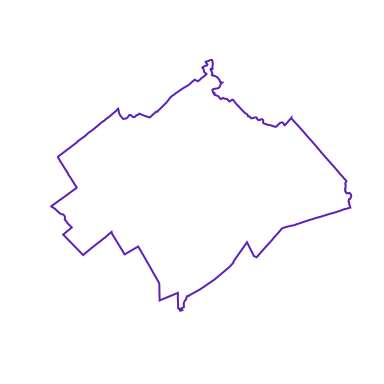 outline of Stolnici, Arges, Romania, rotated 141°
{"feature_id": "2599482B48511043053031", "entity_name": "Stolnici", "entity_type": "district", "adm_level": 2, "iso_a3": "ROU", "parent_name": "Romania", "parent_adm1": "Arges", "projection": "albers", "projection_center": [24.745, 44.58], "detail": "fine", "context": "isolated", "style": "outline", "palette": "violet", "viewbox_px": 384, "rotation_deg": 141, "n_neighbors": 0, "source": "geoboundaries", "source_scale": "gbopen_adm2", "svg_char_len": 5797}
<svg xmlns="http://www.w3.org/2000/svg" viewBox="0 0 384 384"><g transform="rotate(141 192 192)"><path d="M310.5,269.2L309.0,265.1L308.8,262.5L308.4,260.7L308.3,259.6L308.0,258.4L307.6,257.1L306.7,256.2L306.3,255.6L306.2,255.1L306.1,254.1L306.2,253.4L306.4,252.7L306.7,252.1L307.1,251.6L308.0,251.0L308.2,250.8L308.3,250.4L308.1,248.8L308.1,247.7L308.4,246.0L308.1,243.1L308.0,242.8L307.9,242.2L307.8,240.1L318.9,240.0L316.3,211.5L306.0,211.7L294.3,211.5L287.9,211.4L281.4,211.6L279.6,211.6L280.4,210.0L283.6,185.9L268.1,183.5L270.1,170.6L270.9,166.0L271.6,161.3L272.5,155.8L273.0,153.4L273.7,148.6L274.8,142.5L275.0,141.7L275.5,140.8L284.1,129.8L285.0,128.5L285.4,128.1L266.5,122.5L267.3,121.4L269.8,118.4L275.6,110.7L275.9,110.4L276.0,110.1L275.8,109.7L274.9,108.8L276.0,107.4L275.8,107.2L273.9,106.2L273.1,108.2L270.5,107.7L268.6,110.6L266.2,112.0L264.1,112.3L263.1,113.3L261.4,114.2L260.0,113.3L259.7,113.5L247.3,111.3L229.7,109.8L209.9,110.2L204.4,111.0L203.7,111.7L200.7,112.7L180.9,118.3L184.2,103.2L182.8,100.6L173.1,102.3L160.2,104.3L158.3,104.7L158.1,104.8L156.1,105.1L149.9,106.1L145.0,107.1L142.7,106.3L138.7,104.6L136.4,103.5L133.2,101.7L131.9,101.4L121.1,97.4L109.6,92.8L108.8,92.3L99.7,88.7L92.9,85.8L88.7,84.2L84.1,82.7L83.0,82.0L78.9,80.3L78.9,80.7L78.8,81.1L78.6,81.3L78.3,81.5L77.9,82.0L77.8,82.4L77.7,83.0L77.4,83.4L77.3,84.1L76.7,84.7L76.5,85.0L76.4,85.3L76.5,85.9L76.3,86.2L75.9,86.5L75.6,86.7L75.1,87.3L74.8,87.5L74.4,87.5L73.8,87.1L73.1,87.3L72.7,87.6L72.3,87.7L71.9,88.0L71.2,88.2L70.9,88.5L70.7,88.8L70.2,89.9L70.0,90.6L70.1,91.2L70.2,91.6L70.2,92.2L70.4,92.3L70.7,92.3L70.9,92.3L71.5,92.8L71.5,93.0L72.0,93.2L72.4,93.4L72.6,93.8L72.7,94.2L72.7,94.6L72.4,95.2L72.6,95.7L72.5,96.1L72.1,96.5L71.9,97.0L71.3,97.2L71.2,97.3L71.1,97.9L70.8,98.5L69.9,98.7L69.5,99.1L69.1,99.7L68.8,99.9L68.7,100.4L68.5,100.8L68.3,100.9L67.9,101.1L67.8,101.5L67.6,101.9L67.3,102.4L66.4,102.8L65.7,102.9L65.5,103.0L65.4,103.2L65.1,103.4L65.1,103.7L65.1,104.4L65.1,104.8L65.2,105.8L65.3,106.8L65.3,110.0L65.4,110.6L65.5,111.0L65.7,121.4L65.9,125.0L66.3,133.6L66.6,141.9L66.6,145.2L66.9,155.4L67.3,163.9L67.5,169.6L67.8,176.4L68.3,183.7L68.4,186.9L68.2,187.1L77.6,185.4L77.9,185.5L78.0,185.6L78.1,185.8L78.2,186.0L78.1,186.3L77.7,187.6L77.7,188.3L77.8,188.9L78.1,189.3L79.1,189.9L79.4,190.1L80.2,190.2L80.5,190.2L81.4,190.1L83.8,190.0L84.9,189.8L85.5,189.8L86.1,190.1L86.7,190.9L87.4,191.8L87.7,192.3L88.1,193.1L88.3,193.4L88.8,194.2L89.3,194.8L90.1,195.6L90.5,196.0L90.7,196.5L91.2,197.1L91.3,197.6L91.8,198.1L92.1,198.5L92.7,199.6L92.9,200.0L93.2,200.6L93.1,201.1L92.4,202.0L91.7,202.7L91.5,203.0L91.5,203.6L91.6,203.9L91.7,204.3L91.9,204.6L92.4,205.0L92.9,205.1L93.8,205.2L94.1,205.3L94.5,205.8L95.0,206.2L95.2,206.5L95.3,206.8L95.4,207.4L95.0,209.0L95.0,209.3L95.2,209.6L95.9,210.2L96.5,210.5L97.4,210.9L98.0,211.1L99.3,211.7L99.5,211.9L99.7,212.1L99.7,213.9L100.0,214.8L100.2,215.0L100.7,215.3L100.8,215.4L100.8,215.6L100.5,215.8L100.4,215.9L100.4,216.5L100.3,216.9L100.4,217.4L100.4,218.4L100.5,218.8L100.7,219.3L101.0,219.7L101.1,220.0L101.4,223.4L101.6,224.3L101.6,224.9L101.7,226.3L101.8,228.9L102.0,230.0L102.2,234.1L102.2,235.5L102.0,236.2L102.1,236.9L102.2,237.9L102.2,238.1L102.4,238.3L102.7,238.4L105.5,238.7L105.9,238.8L106.2,239.1L106.2,239.4L106.1,240.5L106.0,241.2L106.2,241.8L106.5,242.3L107.8,243.9L108.7,245.5L109.1,245.7L109.9,245.7L110.6,245.8L110.8,245.9L111.1,246.1L111.2,246.5L111.3,247.7L111.3,249.4L111.3,249.9L111.5,250.3L111.7,250.8L112.2,251.6L113.1,253.0L113.3,253.4L113.4,253.7L113.4,253.8L113.1,254.2L112.9,254.4L112.2,254.6L112.1,254.8L112.1,255.0L113.0,255.6L113.0,255.8L113.0,256.0L112.8,256.6L112.1,258.2L111.8,258.5L111.6,258.7L111.2,258.7L110.7,258.5L109.7,258.0L108.8,257.6L107.9,257.0L106.6,256.4L105.3,256.0L104.8,256.1L104.1,256.4L101.4,257.9L100.8,258.0L99.6,258.0L100.9,259.7L100.3,261.4L100.1,262.5L100.1,263.1L100.1,263.7L100.3,265.4L100.3,265.8L101.2,267.5L101.4,268.1L101.7,268.7L102.1,269.1L103.0,269.9L103.1,270.2L103.0,270.3L102.8,270.5L101.6,271.4L101.3,271.7L101.2,272.7L100.8,273.8L100.6,274.5L100.6,275.4L100.4,275.8L100.1,275.9L99.7,275.8L99.5,275.5L99.1,274.8L98.8,274.6L98.5,274.7L98.3,274.9L98.0,275.8L97.9,276.0L97.7,276.2L96.0,277.5L95.0,278.9L94.1,280.2L93.8,280.7L93.4,281.8L93.4,282.2L93.6,282.5L95.1,283.1L97.5,283.8L98.9,284.3L99.2,284.5L99.5,284.6L99.6,284.3L99.8,282.8L99.8,282.2L99.7,281.7L99.7,281.4L99.9,281.2L100.5,281.0L101.0,281.0L102.4,281.7L103.0,281.9L105.5,282.3L105.7,282.1L105.8,282.0L105.6,280.8L105.6,280.5L106.0,279.5L106.7,278.1L106.9,277.4L106.9,276.4L106.7,275.7L106.4,274.9L106.4,274.6L106.7,274.5L109.0,274.3L110.5,274.3L113.1,274.6L114.8,274.3L117.5,274.3L117.8,274.5L119.3,277.6L123.3,277.5L126.0,277.3L128.4,277.4L131.9,278.0L136.0,278.5L140.1,278.7L142.1,279.0L144.2,278.9L148.1,279.3L149.3,279.1L154.9,277.7L157.3,277.4L159.7,277.2L163.4,276.8L168.8,276.3L169.2,277.0L177.9,276.5L179.5,278.8L181.3,281.7L183.7,286.1L186.0,286.0L186.6,286.5L187.3,286.6L188.1,286.5L188.7,286.4L189.4,286.4L190.0,286.6L190.4,287.0L190.7,287.5L190.9,288.3L191.0,289.5L191.3,290.4L192.0,291.1L192.3,291.3L194.4,290.7L195.2,290.5L196.0,290.5L196.8,290.6L197.6,290.9L199.1,291.8L199.5,292.2L199.6,292.7L199.6,297.0L199.1,298.7L198.7,299.9L197.3,302.3L197.0,303.2L197.8,303.1L198.5,302.9L207.8,302.6L210.1,302.6L211.2,302.7L211.8,302.8L213.8,302.8L214.9,302.6L217.9,303.0L225.1,302.8L232.8,302.9L234.5,303.2L238.4,302.9L238.9,302.8L241.9,302.9L243.0,303.0L246.5,303.2L249.1,303.3L249.6,303.0L268.8,303.6L270.1,303.6L270.4,303.7L273.9,303.7L274.1,303.6L274.3,303.3L274.4,303.0L274.7,300.5L275.2,297.6L275.3,295.9L275.9,291.7L276.5,286.2L276.7,284.7L277.2,282.6L277.3,280.1L278.0,274.9L278.7,268.7L278.6,268.2L279.4,267.9L295.0,268.6L300.7,269.0L310.3,269.5L310.5,269.2Z" fill="none" stroke="#5b21b6" stroke-width="2"/></g></svg>